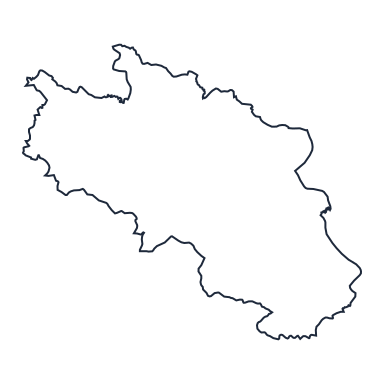 the district of Doan Hung, Phú Thọ, Vietnam
{"feature_id": "81297802B97239523369157", "entity_name": "Doan Hung", "entity_type": "district", "adm_level": 2, "iso_a3": "VNM", "parent_name": "Vietnam", "parent_adm1": "Phú Thọ", "projection": "mercator", "projection_center": [105.154, 21.615], "detail": "fine", "context": "isolated", "style": "outline", "palette": "slate", "viewbox_px": 384, "rotation_deg": 0, "n_neighbors": 0, "source": "geoboundaries", "source_scale": "gbopen_adm2", "svg_char_len": 5852}
<svg xmlns="http://www.w3.org/2000/svg" viewBox="0 0 384 384"><path d="M307.1,130.1L305.9,130.3L299.9,128.3L292.8,128.5L288.6,128.1L288.5,127.3L288.0,126.8L285.3,125.2L282.2,125.0L279.2,125.4L276.6,126.6L271.9,126.7L267.6,124.8L263.3,122.2L261.3,120.3L260.6,119.1L260.0,117.0L255.8,116.3L254.0,114.8L251.9,111.8L252.6,109.6L251.0,108.7L250.9,108.2L252.5,106.9L252.1,106.0L250.8,104.7L242.0,103.8L239.4,101.4L236.8,99.6L235.9,96.3L234.0,97.2L233.6,91.6L231.9,90.1L230.3,90.0L228.2,91.3L227.2,91.5L224.3,91.2L221.2,91.7L217.7,88.9L215.9,88.5L212.5,90.6L210.3,92.6L206.2,97.1L204.7,98.1L204.0,97.6L203.0,98.4L202.8,97.2L203.3,94.9L203.6,94.2L204.7,93.5L204.7,91.5L203.8,90.8L204.3,89.9L204.0,89.5L203.1,89.6L202.5,89.1L202.3,87.7L200.2,87.2L199.1,85.2L198.2,84.8L197.4,83.8L197.2,82.3L196.3,81.4L196.5,80.6L196.0,78.9L197.4,75.3L196.1,74.3L191.7,71.8L189.4,71.3L188.5,71.7L187.4,74.7L184.9,74.4L181.8,74.7L176.4,76.5L173.7,76.7L172.3,75.9L170.6,73.6L168.2,71.2L166.0,68.0L164.4,67.5L161.4,65.8L156.0,64.5L151.3,65.0L147.6,62.9L144.1,63.9L142.6,63.7L141.7,62.3L141.1,60.1L138.9,55.2L138.3,54.8L137.1,54.7L136.3,54.0L135.8,51.2L135.3,50.4L133.8,49.5L132.9,47.5L131.6,47.7L130.1,48.7L128.8,47.7L126.3,46.9L124.5,45.8L122.3,46.2L121.1,44.8L119.2,44.7L112.8,46.6L113.4,48.7L114.2,49.6L119.6,53.2L120.1,55.0L119.4,58.0L118.6,59.0L115.5,60.7L114.8,61.6L113.2,66.0L113.1,68.6L113.7,69.4L119.2,71.0L125.3,71.4L126.0,71.9L126.3,72.7L126.7,79.3L127.7,82.0L130.6,86.8L130.7,87.6L130.8,89.6L130.3,93.1L128.5,98.1L127.7,99.5L126.2,98.7L124.7,99.0L124.3,99.6L123.7,102.9L123.2,103.0L122.0,102.0L120.5,102.2L119.8,102.0L119.8,100.9L121.6,100.4L121.4,99.3L120.4,97.9L119.7,97.8L118.3,98.9L117.5,96.7L116.8,96.5L115.8,96.9L114.3,95.9L112.2,96.9L110.7,97.0L110.4,96.4L111.7,95.8L111.6,95.4L109.5,96.0L108.1,94.9L107.7,95.3L108.1,96.1L108.0,96.6L106.5,97.2L105.4,97.2L104.5,96.5L101.5,98.0L94.9,97.3L91.3,95.0L88.7,94.2L81.7,87.2L80.4,86.7L79.6,87.0L78.4,89.2L77.4,91.8L76.1,92.5L72.6,91.8L70.0,89.5L68.4,88.7L65.1,88.9L61.6,86.0L57.4,85.3L56.7,83.2L55.3,81.5L52.3,79.3L52.9,77.9L51.5,76.1L49.2,75.5L44.7,72.0L42.1,70.5L40.3,70.4L39.3,71.4L38.0,75.0L36.4,76.8L33.9,78.8L32.7,78.0L31.5,80.0L30.7,79.5L30.1,78.0L27.3,77.7L27.0,79.3L28.5,82.4L25.8,85.8L33.8,85.0L36.5,89.9L37.0,90.4L39.3,90.9L40.8,92.3L47.0,100.2L44.9,104.3L43.8,105.0L42.4,105.0L42.4,107.8L41.9,108.0L40.3,107.1L37.6,109.6L39.3,115.0L36.3,115.0L34.5,115.5L35.5,119.9L34.6,120.6L34.5,123.3L34.0,125.4L32.7,127.1L30.5,128.0L29.0,129.2L29.0,132.0L30.0,135.5L30.0,138.5L29.8,139.4L27.8,141.0L25.8,141.0L27.2,143.5L29.2,145.8L28.5,146.3L24.1,147.3L23.5,147.9L23.8,151.1L23.0,152.8L23.4,153.5L24.8,154.4L25.5,155.3L31.1,157.5L31.1,158.7L35.3,159.8L36.9,159.3L38.3,155.3L38.8,155.2L40.1,158.0L42.8,158.9L45.2,160.5L47.2,162.6L49.0,165.4L49.5,167.7L48.5,171.5L47.2,173.5L45.1,175.5L48.5,175.9L53.9,175.1L56.0,180.7L57.8,181.3L58.5,182.2L57.5,186.0L57.6,189.9L61.5,192.0L65.5,195.0L66.8,195.0L69.0,192.4L71.0,191.3L73.9,190.4L79.4,190.1L82.8,188.9L84.0,189.8L87.3,194.4L92.5,195.0L98.8,200.4L106.3,202.9L107.4,203.9L108.6,206.1L111.7,210.1L115.0,213.4L116.9,212.9L121.2,211.0L121.8,211.1L124.7,213.2L129.9,212.8L132.0,213.0L133.2,213.7L135.9,216.6L136.5,217.7L136.7,218.9L135.4,220.1L135.4,221.3L137.2,225.2L137.2,226.5L136.9,228.1L133.9,233.3L137.1,233.5L140.6,234.5L141.4,234.3L142.9,232.6L143.4,232.4L144.0,232.8L142.7,234.7L142.1,236.7L141.8,239.4L142.4,244.0L141.9,245.6L139.9,249.8L139.9,251.2L146.5,251.2L148.6,251.6L152.3,251.3L153.3,250.2L154.3,248.6L156.9,246.1L164.8,242.5L171.0,236.5L172.0,236.3L178.3,240.6L181.4,242.3L184.3,243.0L189.1,242.6L191.1,243.6L193.4,245.7L194.8,249.1L197.3,252.1L201.4,255.9L204.5,258.1L201.3,265.2L198.6,268.6L198.5,271.5L201.3,275.8L201.3,278.4L200.5,282.0L200.9,284.1L201.4,285.4L202.7,286.8L203.1,289.5L206.5,292.9L208.0,295.8L209.6,296.4L211.0,296.1L214.6,293.1L218.1,292.5L219.0,292.7L224.2,296.6L229.5,297.2L230.8,297.9L232.6,298.2L236.3,300.4L239.9,299.6L242.1,299.7L242.6,300.2L243.4,302.5L243.8,302.8L245.3,302.6L248.6,301.4L251.3,301.3L252.5,301.4L256.3,303.2L258.0,303.6L260.0,303.4L260.9,304.4L261.9,306.6L264.2,307.3L265.4,308.4L268.7,309.7L270.1,311.1L272.1,312.3L270.6,313.5L268.9,314.0L268.0,315.4L266.9,316.3L265.4,316.6L263.7,317.7L260.9,320.9L259.9,321.7L258.7,322.1L257.7,323.1L257.0,325.2L257.4,328.7L259.6,331.3L261.4,332.5L264.5,332.3L265.3,332.7L266.8,334.7L267.8,335.4L270.0,336.1L273.3,338.1L278.3,339.3L279.2,338.6L279.4,336.1L279.7,335.4L281.1,334.7L282.5,335.0L285.6,337.7L287.5,338.5L288.4,338.1L289.2,336.5L290.2,335.8L291.2,335.8L293.0,337.5L293.9,337.9L295.1,337.8L297.3,335.9L298.0,335.8L300.2,338.9L303.0,336.3L303.6,336.1L305.5,336.2L309.0,338.2L309.4,338.1L310.0,336.0L310.9,335.0L311.6,334.8L316.1,335.6L315.8,330.0L316.5,326.7L318.9,324.3L321.7,320.2L323.2,318.8L325.5,317.5L326.9,317.5L329.6,318.3L332.6,318.5L333.0,318.0L332.5,315.8L333.1,315.1L336.6,313.2L340.7,311.8L343.7,311.8L342.5,308.8L342.9,308.2L343.8,308.3L344.7,307.2L345.5,307.4L347.9,306.5L348.5,305.3L349.9,306.0L350.3,305.6L350.6,302.9L355.3,296.6L355.5,293.1L352.3,290.9L351.0,289.4L350.1,287.9L349.8,285.8L354.1,280.6L359.7,275.2L360.9,273.4L361.0,271.4L360.7,270.0L359.8,268.1L356.2,264.3L348.6,259.7L341.8,253.8L336.6,248.2L332.4,243.0L326.6,234.2L325.4,227.7L325.4,222.4L325.1,221.1L323.4,217.9L320.6,215.2L321.7,213.5L321.4,212.5L322.1,212.3L323.2,211.4L323.7,212.1L324.6,211.6L325.2,212.7L326.0,212.0L326.1,211.7L325.2,210.5L327.1,209.7L326.2,209.0L326.4,208.5L327.6,208.8L327.2,208.1L328.4,207.4L329.5,208.1L329.1,208.8L329.3,209.4L329.8,209.1L330.1,209.8L330.6,208.8L330.3,206.2L328.1,200.4L327.6,196.7L324.0,192.0L322.2,190.9L313.4,189.0L307.4,188.7L305.6,188.0L304.1,186.4L300.3,180.3L298.0,175.2L295.1,170.9L304.6,162.8L309.8,155.2L312.2,150.2L312.6,147.0L312.3,144.2L311.5,141.0L309.7,137.3L307.1,130.1Z" fill="none" stroke="#1e293b" stroke-width="2"/></svg>